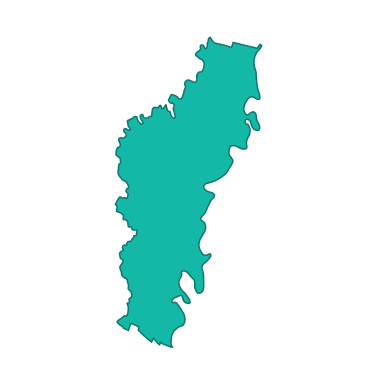 Prisacani, Iasi, Romania (Natural Earth projection), rotated 72°
{"feature_id": "2599482B74582791641671", "entity_name": "Prisacani", "entity_type": "district", "adm_level": 2, "iso_a3": "ROU", "parent_name": "Romania", "parent_adm1": "Iasi", "projection": "natural_earth1", "projection_center": [27.89, 47.067], "detail": "fine", "context": "isolated", "style": "filled", "palette": "teal", "viewbox_px": 384, "rotation_deg": 72, "n_neighbors": 0, "source": "geoboundaries", "source_scale": "gbopen_adm2", "svg_char_len": 6073}
<svg xmlns="http://www.w3.org/2000/svg" viewBox="0 0 384 384"><g transform="rotate(72 192 192)"><path d="M333.4,258.5L331.8,259.0L329.1,258.7L322.6,255.9L320.1,253.8L318.5,252.0L316.4,247.2L316.1,244.6L316.2,242.9L315.9,241.8L314.8,240.3L313.0,238.9L310.5,237.9L307.8,237.4L305.1,237.5L295.7,239.9L292.9,241.0L291.6,242.3L291.4,244.5L290.7,245.1L289.5,244.8L288.0,243.3L287.3,241.7L286.7,235.1L287.3,234.2L288.2,233.6L292.2,233.7L293.8,233.3L295.5,232.1L296.8,230.1L297.1,228.8L296.6,228.1L294.8,227.6L291.7,228.1L285.6,230.2L283.1,231.8L277.1,233.2L273.1,232.2L271.4,231.1L269.6,229.0L268.1,227.8L266.7,227.1L265.2,227.1L264.3,225.6L264.3,224.8L264.7,223.6L266.9,221.3L268.1,220.7L272.4,219.1L275.5,217.5L277.0,217.1L278.3,217.2L284.1,219.0L288.4,218.5L289.5,218.1L290.2,217.4L290.6,215.0L290.1,213.6L289.2,212.2L287.7,211.1L285.1,209.9L275.3,206.9L271.3,206.3L267.5,206.1L266.2,205.6L264.9,204.7L264.2,203.6L263.0,200.6L261.2,197.2L259.0,194.1L257.3,193.5L256.6,193.7L256.3,194.3L256.3,195.3L256.7,197.3L256.3,198.8L255.6,200.1L254.3,201.0L252.9,201.6L250.0,202.2L247.3,202.3L244.3,201.9L239.6,199.1L233.6,192.3L232.0,191.0L230.1,190.1L228.2,189.6L225.7,189.5L224.8,189.8L221.4,192.0L220.0,192.0L219.2,191.5L215.8,185.8L211.0,181.6L206.1,176.9L205.0,175.3L203.9,172.9L203.1,172.1L201.8,171.5L200.1,172.2L198.8,173.2L197.8,175.0L195.8,177.5L193.0,179.3L190.5,179.4L189.6,178.8L188.4,176.4L188.6,170.0L188.3,165.4L187.4,161.2L186.0,156.8L184.9,154.1L183.7,152.4L178.1,145.8L176.5,144.3L175.3,143.6L174.2,143.4L172.8,143.7L168.4,145.1L165.5,144.6L163.3,143.6L161.6,142.7L160.5,141.2L160.4,139.6L160.8,138.0L161.5,136.6L162.7,135.0L165.3,132.6L166.5,131.0L167.4,128.8L167.5,127.3L167.0,126.4L166.2,125.9L162.2,125.1L160.5,124.3L158.2,122.7L155.3,119.7L151.7,117.8L150.1,117.4L146.0,117.6L144.9,118.1L143.5,119.8L142.7,120.0L140.9,119.7L139.8,118.6L139.7,117.3L140.2,116.3L141.9,115.0L143.5,114.6L147.9,114.9L151.1,113.9L152.6,112.5L153.5,111.3L153.9,109.9L153.5,108.9L152.7,108.1L151.2,107.5L149.2,107.4L142.8,108.2L139.3,107.3L136.6,107.3L135.0,108.3L134.5,109.9L135.0,112.7L135.9,114.3L136.0,115.3L134.9,116.6L133.0,117.2L130.6,117.5L128.7,117.1L124.4,114.4L121.1,110.5L119.7,108.1L119.7,106.4L120.3,104.8L123.8,101.4L124.6,99.7L124.2,98.8L122.6,98.1L119.9,97.6L115.6,97.7L111.0,97.2L106.9,96.4L97.5,94.0L93.8,94.0L89.6,93.6L85.3,92.1L82.4,90.3L79.2,87.4L76.5,82.5L74.4,80.5L72.6,81.6L74.8,84.9L75.6,85.4L62.5,106.7L66.8,109.7L62.7,115.4L57.0,124.9L51.8,126.7L50.6,126.8L50.8,128.2L51.4,129.0L53.9,130.2L55.4,131.6L58.0,132.3L59.6,133.8L59.8,134.4L59.6,135.2L59.1,135.5L56.9,135.7L55.7,136.2L55.2,136.9L55.1,138.0L55.4,138.7L55.9,139.1L58.3,139.6L59.1,140.1L59.8,141.1L60.5,144.0L62.1,146.0L63.1,146.2L63.9,145.8L64.9,145.0L67.7,143.4L68.9,141.8L69.5,141.4L72.7,140.6L73.6,140.7L77.1,142.2L80.0,144.6L80.6,146.0L80.1,148.1L80.4,149.0L81.6,150.7L83.0,151.7L87.2,152.7L87.9,153.3L88.5,154.5L88.6,155.5L88.2,156.3L85.2,159.5L84.4,160.7L84.2,162.0L84.9,164.2L87.0,165.7L87.7,165.8L89.3,165.4L90.8,166.1L92.5,167.7L95.6,169.5L99.1,172.2L100.1,173.6L99.8,174.9L99.1,175.8L96.7,176.8L95.2,178.1L93.0,181.2L93.1,181.8L94.0,182.8L97.3,186.0L98.9,185.8L100.2,185.3L101.0,184.6L101.6,182.8L103.0,182.1L104.5,182.3L106.9,184.1L114.3,184.5L115.4,184.9L116.0,185.4L116.1,186.5L115.6,187.3L113.8,188.2L112.3,188.3L109.3,188.0L108.6,188.4L108.1,189.3L106.6,190.2L102.4,189.9L101.6,189.6L101.0,190.0L102.8,192.2L103.6,193.6L103.7,194.3L103.2,195.0L100.6,194.9L99.7,195.5L99.8,196.2L101.2,198.0L101.4,198.6L101.3,199.0L100.2,200.5L100.0,201.3L100.1,202.8L100.6,203.7L101.1,204.0L105.2,206.1L107.2,206.7L107.5,207.6L107.1,208.6L107.1,209.3L107.9,211.3L107.6,212.8L106.9,214.3L106.0,214.9L103.5,214.9L102.8,215.6L102.9,216.8L103.3,217.5L104.1,217.9L106.1,218.3L108.9,217.5L110.8,217.3L111.5,217.5L112.1,218.5L112.0,218.9L111.0,219.9L108.0,221.4L103.8,221.3L103.4,221.5L102.8,222.0L102.6,223.7L103.6,226.0L103.9,229.1L104.4,229.5L104.1,229.9L104.0,230.6L104.7,231.7L105.9,231.7L109.5,232.3L112.1,231.5L113.3,231.6L113.9,232.3L113.9,232.8L111.3,235.5L111.0,236.3L111.2,237.2L112.1,237.8L113.2,238.1L116.5,236.8L118.0,237.3L118.9,238.2L119.6,240.8L119.3,241.7L118.3,242.9L118.4,244.2L118.6,244.8L119.0,245.3L120.4,245.8L123.7,245.4L125.6,245.8L126.5,246.6L126.7,248.6L127.4,249.9L129.1,251.2L132.3,252.6L133.2,252.8L138.1,249.8L138.8,250.2L142.2,250.8L142.9,252.5L143.6,253.3L144.8,254.0L147.2,254.7L149.2,255.8L151.5,256.5L152.5,256.5L155.0,256.0L156.5,255.2L158.5,254.8L161.9,251.7L162.5,251.5L164.6,250.8L167.5,250.6L168.6,251.4L168.8,252.9L170.0,254.2L171.2,254.6L173.4,253.6L174.7,253.5L177.7,255.3L177.7,256.1L176.5,257.9L176.3,260.3L174.8,261.3L174.4,261.9L174.5,262.3L175.3,263.6L177.8,266.6L180.0,268.5L180.5,268.6L181.7,267.9L182.9,267.6L186.8,269.8L187.6,269.3L189.0,267.3L190.5,265.8L192.2,264.7L194.1,264.8L196.6,265.9L197.1,265.6L197.6,264.2L198.1,263.5L200.4,262.3L204.5,263.2L205.5,263.1L205.9,262.6L206.3,260.8L207.1,260.5L209.2,260.5L210.2,259.4L210.8,256.7L211.6,256.4L212.5,256.6L215.9,258.3L216.1,258.8L215.7,260.5L215.8,261.0L217.4,261.9L218.3,263.7L220.1,265.5L220.0,266.2L219.5,267.1L219.4,268.2L220.4,269.7L221.9,270.2L222.3,270.6L222.3,271.0L221.7,272.1L221.5,273.1L221.8,274.3L223.5,275.4L224.6,275.4L225.5,275.1L226.0,275.3L226.4,276.1L226.7,277.9L227.8,279.9L232.6,280.6L233.5,280.3L234.7,278.9L236.1,278.8L236.8,279.2L238.7,281.0L240.3,283.3L241.4,283.9L243.0,284.1L246.0,283.9L249.5,284.5L252.2,283.3L254.1,281.3L255.9,280.8L258.6,281.2L260.9,281.1L264.4,282.6L266.3,281.8L267.5,280.9L271.9,281.0L272.9,281.7L273.9,284.2L274.5,285.1L276.7,285.3L277.9,286.0L278.0,286.7L277.7,287.6L277.9,288.1L281.1,288.1L283.7,288.7L287.1,290.3L289.3,292.0L289.7,292.9L288.9,294.2L289.1,295.3L290.1,297.6L291.3,301.8L291.9,302.8L292.7,303.5L296.2,301.7L298.4,299.6L300.2,299.4L304.0,295.2L298.0,290.8L300.6,287.6L304.1,284.1L307.0,285.8L308.4,284.8L313.9,282.1L315.5,280.9L317.1,280.2L322.2,276.8L319.2,273.9L325.0,271.5L327.2,270.1L325.4,268.0L325.6,267.5L326.4,267.4L327.3,266.9L332.9,260.0L333.3,259.3L333.4,258.5Z" fill="#14b8a6" stroke="#0f766e" stroke-width="1.5"/></g></svg>